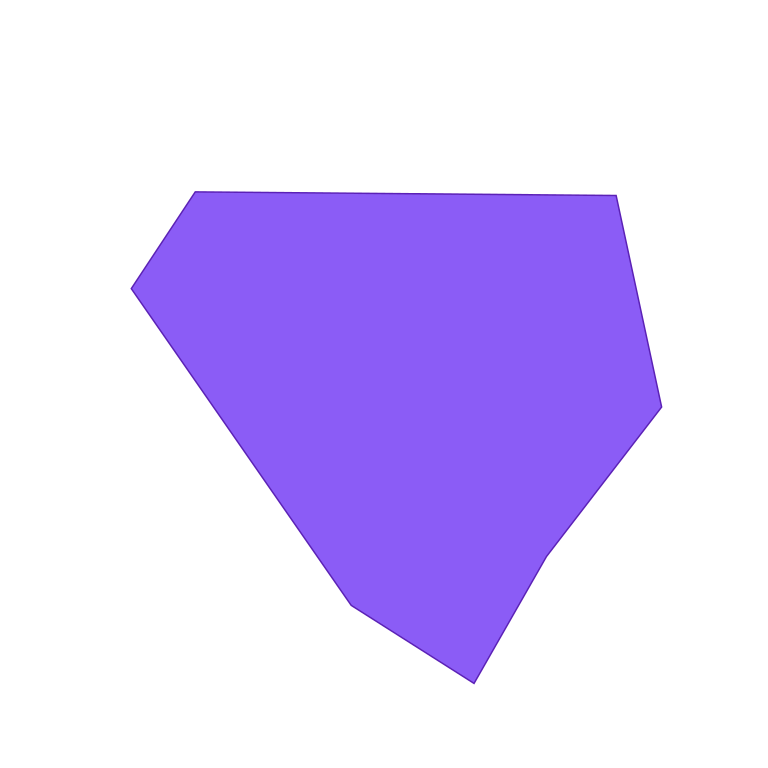 an SVG outline of Meneng, rotated 109°
{"feature_id": "NRU-4982", "entity_name": "Meneng", "entity_type": "state/province", "adm_level": 1, "iso_a3": "NRU", "parent_name": "Nauru", "parent_adm1": "", "projection": "equal_earth", "projection_center": [166.942, -0.541], "detail": "fine", "context": "isolated", "style": "filled", "palette": "violet", "viewbox_px": 768, "rotation_deg": 109, "n_neighbors": 0, "source": "natural_earth", "source_scale": "10m", "svg_char_len": 267}
<svg xmlns="http://www.w3.org/2000/svg" viewBox="0 0 768 768"><g transform="rotate(109 384 384)"><path d="M637.8,201.4L604.0,342.9L376.1,654.0L263.8,625.0L130.2,225.9L315.4,114.0L494.2,174.2L637.8,201.4Z" fill="#8b5cf6" stroke="#5b21b6" stroke-width="1.5"/></g></svg>